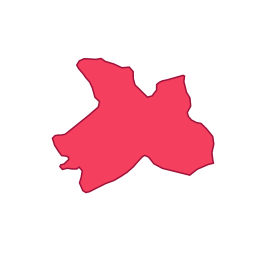 Skopje, Natural Earth projection, rotated 49°
{"feature_id": "MKD-2901", "entity_name": "Skopje", "entity_type": "Statistical Region", "adm_level": 1, "iso_a3": "MKD", "parent_name": "North Macedonia", "parent_adm1": "", "projection": "natural_earth1", "projection_center": [21.679, 41.893], "detail": "fine", "context": "isolated", "style": "filled", "palette": "rose", "viewbox_px": 256, "rotation_deg": 49, "n_neighbors": 0, "source": "natural_earth", "source_scale": "10m", "svg_char_len": 1267}
<svg xmlns="http://www.w3.org/2000/svg" viewBox="0 0 256 256"><g transform="rotate(49 128 128)"><path d="M49.0,113.5L49.5,112.9L55.0,107.4L56.2,105.5L57.9,102.7L63.0,101.4L70.4,96.7L78.5,93.1L82.9,87.1L88.8,87.1L94.3,91.7L100.2,94.5L105.6,94.0L112.6,93.5L117.4,93.1L119.6,88.9L118.1,81.5L114.0,77.9L114.0,74.6L115.0,71.1L117.3,67.0L120.8,59.6L124.4,51.9L125.9,51.3L129.6,55.4L139.4,60.4L146.0,61.6L152.6,66.3L155.2,73.2L159.1,74.9L163.6,74.9L168.8,72.8L172.5,69.9L180.3,69.3L189.9,69.6L196.3,73.7L201.6,80.8L208.2,85.3L210.6,86.6L208.2,91.3L204.5,102.9L204.1,112.3L196.7,117.5L191.0,121.5L181.0,128.5L172.0,131.9L163.4,131.5L159.6,133.4L159.1,136.3L159.9,143.3L160.8,149.6L160.8,157.8L159.9,164.8L158.4,172.9L155.2,181.4L152.9,190.3L150.8,198.8L149.1,202.1L145.5,203.2L137.6,200.6L134.4,195.5L130.3,190.6L125.5,190.6L125.3,193.6L122.4,196.9L118.5,200.3L116.2,204.7L112.4,204.7L111.7,202.9L113.2,199.9L112.9,193.6L111.2,192.1L108.5,193.2L105.3,196.2L100.3,195.8L92.9,194.7L86.2,191.8L86.0,189.7L85.9,188.1L87.4,185.5L89.4,183.3L91.5,179.5L92.0,168.1L92.7,148.1L92.7,136.7L89.4,132.2L83.2,132.8L74.4,128.6L68.2,126.8L62.3,126.8L58.6,126.4L57.9,126.3L51.0,126.3L46.9,125.4L45.4,120.8L46.9,115.7L49.0,113.5Z" fill="#f43f5e" stroke="#9f1239" stroke-width="1.5"/></g></svg>